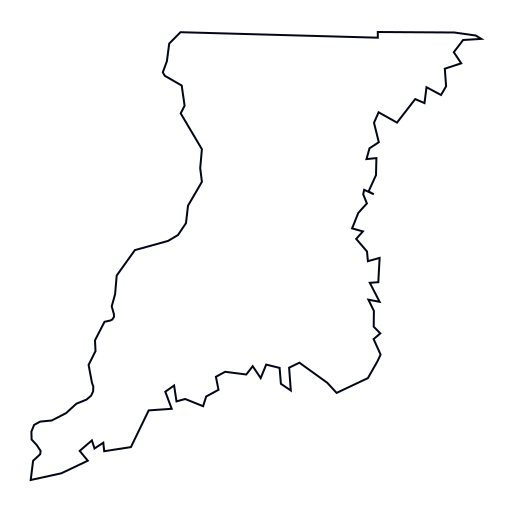 Knox, Indiana, United States of America (Equal Earth projection)
{"feature_id": "52423323B4798034374096", "entity_name": "Knox", "entity_type": "district", "adm_level": 2, "iso_a3": "USA", "parent_name": "United States of America", "parent_adm1": "Indiana", "projection": "equal_earth", "projection_center": [-87.444, 38.661], "detail": "fine", "context": "isolated", "style": "outline", "palette": "ink", "viewbox_px": 512, "rotation_deg": 0, "n_neighbors": 0, "source": "geoboundaries", "source_scale": "gbopen_adm2", "svg_char_len": 1569}
<svg xmlns="http://www.w3.org/2000/svg" viewBox="0 0 512 512"><path d="M95.0,340.3L95.5,351.1L88.6,364.9L92.0,383.0L93.3,386.4L93.1,391.4L91.1,395.7L86.5,399.6L76.4,403.7L66.1,413.1L51.7,420.5L40.2,421.6L34.1,424.9L31.4,431.6L31.6,439.5L36.7,445.0L40.6,450.9L40.2,454.2L33.1,460.8L30.7,480.0L61.3,473.3L87.8,460.7L79.7,450.9L91.9,440.4L94.5,448.5L103.3,442.7L104.2,451.2L130.9,447.1L148.7,410.4L171.7,408.8L165.3,391.7L174.1,385.5L176.5,401.4L185.2,399.0L203.1,406.2L206.2,396.5L218.5,389.8L215.9,376.8L225.1,371.8L246.3,374.5L252.7,366.2L260.7,378.1L266.2,364.6L279.6,367.9L280.9,383.8L290.8,390.5L289.1,367.7L299.4,362.7L327.3,382.8L336.6,392.9L367.9,378.1L377.4,361.4L380.6,354.6L373.6,339.1L380.3,333.4L373.7,326.7L373.9,310.9L368.4,299.7L379.6,301.8L369.8,282.8L378.3,282.2L379.6,257.9L367.9,261.2L367.0,251.5L356.2,238.9L362.9,231.4L352.1,228.4L358.3,212.9L366.9,203.4L363.2,194.3L364.2,189.8L373.8,194.3L368.6,191.4L376.0,175.1L376.4,158.1L366.5,159.1L369.5,148.3L378.8,142.2L374.0,122.8L378.6,112.3L397.0,122.6L415.2,99.1L424.5,103.1L426.5,87.2L441.0,95.0L446.1,86.3L444.8,68.7L461.2,63.3L453.8,52.2L463.1,40.0L481.3,38.9L475.7,35.5L454.3,32.5L377.8,32.0L377.8,37.7L180.5,32.2L169.2,43.6L166.9,61.2L162.8,72.3L164.8,75.8L175.9,82.2L181.7,85.5L184.6,105.7L180.7,113.4L201.9,149.2L200.6,163.8L200.2,168.1L201.9,181.8L197.1,190.1L188.0,205.7L186.0,223.1L178.0,235.0L175.0,236.8L168.1,240.9L134.9,250.1L116.7,275.5L115.1,294.2L111.7,306.4L113.9,314.1L114.0,316.8L112.3,319.5L110.3,320.5L104.5,321.8L95.0,340.3Z" fill="none" stroke="#020617" stroke-width="2"/></svg>